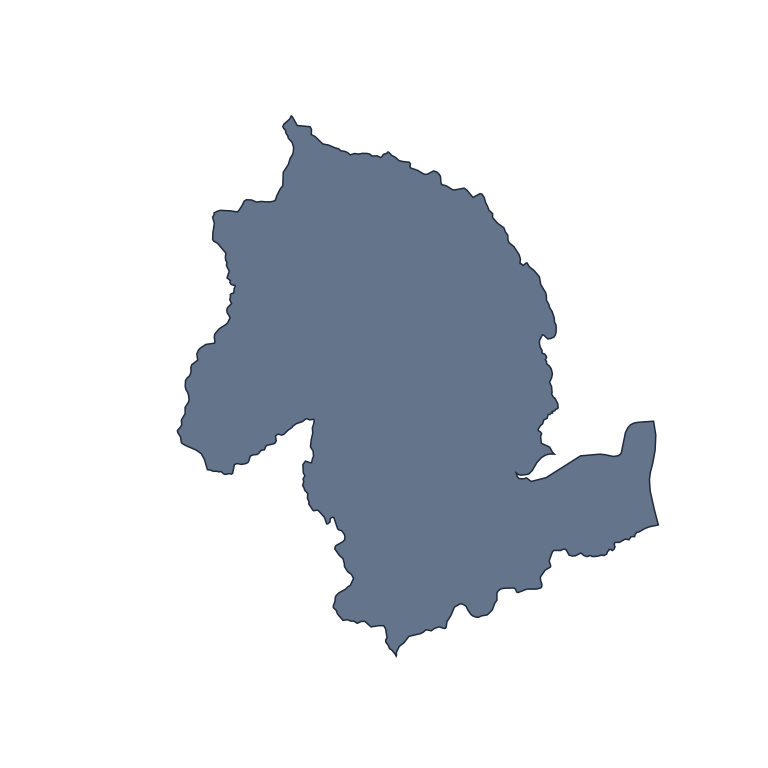 outline of La-Un, Ranong, Thailand, rotated 145°
{"feature_id": "78962969B34632522094222", "entity_name": "La-Un", "entity_type": "district", "adm_level": 2, "iso_a3": "THA", "parent_name": "Thailand", "parent_adm1": "Ranong", "projection": "orthographic", "projection_center": [98.781, 10.072], "detail": "fine", "context": "isolated", "style": "filled", "palette": "slate", "viewbox_px": 768, "rotation_deg": 145, "n_neighbors": 0, "source": "geoboundaries", "source_scale": "gbopen_adm2", "svg_char_len": 6171}
<svg xmlns="http://www.w3.org/2000/svg" viewBox="0 0 768 768"><g transform="rotate(145 384 384)"><path d="M240.1,111.2L234.7,125.8L227.3,143.7L221.4,153.5L216.2,159.1L210.0,164.3L200.0,174.1L190.7,186.2L184.5,198.9L197.7,206.8L201.5,208.6L205.6,209.2L209.3,208.3L214.0,205.8L229.0,191.6L230.9,190.8L233.3,190.9L237.7,193.1L243.7,199.5L247.4,202.7L264.2,212.4L305.0,214.3L319.4,219.8L321.1,225.4L324.0,226.2L327.7,229.2L327.9,231.9L326.7,235.4L325.7,232.5L324.0,230.7L318.0,227.5L316.5,227.3L312.1,228.1L303.7,232.0L297.1,233.4L292.5,233.1L288.7,231.8L284.6,228.8L285.1,231.3L284.5,237.3L289.1,245.2L285.9,251.1L283.3,253.0L283.3,255.1L284.3,257.2L284.0,258.3L280.0,260.1L276.9,260.4L273.5,263.0L270.1,262.3L267.1,264.8L265.7,263.9L264.0,264.3L262.6,263.5L261.9,265.0L259.4,264.1L258.0,264.8L255.9,264.3L254.9,264.7L252.9,268.4L252.1,274.4L252.8,275.9L252.5,279.5L251.0,280.9L248.3,285.6L247.3,290.5L243.2,292.9L240.2,295.7L238.3,300.5L238.2,304.0L239.2,307.2L237.9,309.2L237.9,311.4L235.8,312.3L235.2,313.4L235.1,316.2L236.8,318.7L235.3,320.8L234.8,324.8L233.2,328.6L231.3,330.7L226.0,333.4L225.2,332.5L223.9,326.9L221.6,325.7L218.0,325.0L215.9,325.7L213.4,327.6L209.8,332.7L209.1,334.2L209.0,336.4L206.5,340.9L204.7,347.0L204.5,351.6L203.4,354.4L202.9,359.4L200.2,363.4L199.2,366.1L198.5,375.7L195.2,382.7L196.0,391.0L197.7,396.6L197.4,401.2L198.3,401.6L202.0,401.3L202.5,403.5L203.5,404.7L200.7,407.9L199.2,412.2L198.8,422.1L200.5,428.1L199.8,430.9L197.2,435.0L197.4,438.7L196.2,443.1L198.7,450.4L199.6,458.0L197.3,461.2L198.3,466.3L197.3,470.0L196.7,474.3L194.9,479.3L194.9,483.4L196.2,484.9L203.7,485.7L204.2,486.4L204.8,495.0L206.0,498.5L214.5,502.3L216.5,504.0L219.4,510.8L222.3,514.1L221.8,516.4L218.6,521.8L218.5,524.8L219.3,527.7L221.2,530.1L228.2,531.0L230.0,532.1L231.1,533.5L233.9,539.7L238.3,545.8L237.9,547.2L236.1,549.2L236.1,551.2L240.7,555.2L243.5,558.3L244.6,563.0L246.6,567.0L247.3,571.5L247.9,571.8L249.6,571.4L252.8,572.5L255.5,571.3L256.9,571.5L258.6,574.7L263.0,577.6L263.8,580.5L265.2,582.2L269.3,585.3L272.8,586.8L276.0,589.8L280.2,591.0L281.1,594.5L282.9,597.3L285.5,599.7L286.3,602.8L288.8,605.7L292.4,611.6L296.5,615.8L298.5,626.2L300.5,630.0L297.4,634.0L297.0,637.2L306.8,645.5L305.8,655.4L306.2,656.8L309.5,655.1L316.7,654.3L319.2,653.0L319.6,651.0L319.2,648.4L320.5,645.4L320.5,642.8L321.4,640.0L320.7,634.8L322.3,629.7L325.4,625.9L327.4,624.4L331.4,622.7L336.5,618.7L345.1,615.2L353.2,604.5L357.2,603.3L364.0,599.6L367.5,596.9L369.2,597.0L372.4,598.3L376.4,601.0L379.7,603.9L384.1,606.2L387.0,610.8L391.1,613.9L393.7,614.0L397.6,611.7L403.3,609.4L405.5,609.1L410.3,613.8L418.4,620.1L421.8,621.2L425.1,621.6L426.0,620.1L428.7,619.0L430.9,612.8L437.4,606.1L441.5,600.6L441.6,598.7L439.7,594.8L438.5,581.9L441.2,578.9L442.7,576.2L442.9,573.9L445.1,571.4L446.2,565.1L451.7,561.0L450.6,556.7L452.0,555.5L452.2,554.0L451.7,552.5L449.5,550.1L449.6,549.4L452.2,548.0L454.7,544.8L457.2,545.6L458.6,545.4L459.7,543.6L462.0,541.5L462.7,537.4L468.6,536.2L470.3,534.8L471.6,532.3L471.8,527.6L472.7,526.2L476.5,524.1L478.8,523.4L487.1,523.8L493.9,522.0L495.9,520.1L498.4,515.4L499.5,514.7L507.2,518.6L513.6,518.8L516.3,518.3L520.1,516.0L522.9,510.4L530.3,510.1L532.6,508.5L535.1,504.7L537.2,503.0L538.7,502.2L541.8,501.9L544.6,500.7L548.2,496.1L549.4,493.3L549.6,490.2L550.6,486.8L552.5,483.3L554.1,481.5L560.4,478.9L563.9,473.8L570.1,471.0L571.2,470.0L572.9,466.8L574.8,465.7L580.0,464.3L580.8,462.5L581.0,457.3L583.5,452.6L583.5,451.1L581.3,446.5L575.7,437.5L573.7,431.8L574.4,425.1L577.8,415.1L575.4,412.9L574.0,410.4L571.3,408.7L569.7,406.7L567.7,405.8L566.7,401.8L565.5,400.7L562.1,399.4L560.6,397.6L559.1,397.8L552.7,403.8L550.0,403.1L547.1,400.1L543.3,398.2L540.6,397.7L539.0,398.4L534.8,401.7L531.4,400.8L528.6,399.1L526.8,399.0L522.6,400.1L519.7,398.7L516.3,400.8L514.9,400.8L509.0,398.4L507.1,398.1L504.9,399.2L502.9,403.3L501.2,403.9L499.4,403.6L497.2,400.9L495.0,400.2L488.8,401.2L484.5,401.1L482.9,401.7L478.7,401.8L472.4,400.0L468.0,400.2L467.0,399.6L465.4,397.2L461.9,395.4L462.1,394.2L464.1,392.0L468.0,389.0L470.5,384.7L475.5,380.2L480.0,375.1L480.4,374.2L480.5,369.9L483.2,365.2L485.4,363.9L488.5,361.1L490.0,362.3L492.5,365.9L496.7,364.5L501.1,357.5L501.5,354.2L504.8,352.6L505.7,350.1L508.9,347.5L509.1,344.9L509.9,342.5L509.3,337.9L512.3,334.3L513.1,330.4L514.4,329.0L514.7,321.5L514.2,320.4L511.3,319.1L510.4,318.0L509.3,308.9L511.2,302.2L510.0,301.7L507.4,301.9L505.4,304.3L504.0,304.7L503.0,304.6L501.7,303.3L505.0,292.1L504.7,290.4L502.9,288.3L502.7,283.8L503.6,281.3L505.6,279.0L508.3,278.4L515.8,279.2L517.8,278.4L518.9,277.1L518.9,269.4L517.8,264.4L519.4,259.9L521.1,257.1L521.4,251.0L519.9,246.8L520.5,242.2L527.1,238.4L529.7,238.6L533.6,238.0L540.6,238.8L544.4,238.2L546.2,237.2L548.7,234.2L552.7,231.4L553.8,229.9L553.0,226.2L554.0,222.1L553.2,214.0L548.8,211.6L547.4,209.0L544.7,207.0L543.2,203.3L538.6,202.5L535.9,200.6L533.9,192.4L527.2,189.2L522.9,186.2L523.1,182.7L527.1,174.3L529.4,173.4L530.6,171.4L530.4,167.8L531.2,164.1L530.3,162.2L529.8,156.5L530.1,154.1L529.2,154.8L527.8,157.1L522.0,160.3L515.9,160.6L508.4,163.0L497.0,158.5L494.0,158.2L490.5,158.6L486.8,154.7L482.9,154.9L478.2,153.5L475.0,149.3L473.8,148.7L472.5,149.1L468.9,153.1L461.7,156.1L454.2,160.9L447.6,160.2L445.9,158.7L444.3,154.9L445.0,150.1L445.0,145.3L444.4,143.3L442.4,140.2L440.4,138.7L437.1,138.1L431.7,135.6L424.8,136.8L418.8,141.0L415.5,142.1L411.5,147.9L409.5,148.9L406.6,149.2L404.6,148.7L401.6,147.1L394.7,142.4L393.9,140.4L394.7,137.6L393.9,136.3L384.6,134.0L376.5,128.4L372.3,127.0L370.9,127.6L369.5,129.5L368.3,133.5L366.6,136.2L358.7,139.1L352.6,138.6L351.6,139.7L350.2,144.4L342.3,149.9L340.4,150.3L334.7,146.2L331.7,145.9L330.7,145.1L329.9,143.1L330.6,137.8L328.5,135.1L325.8,133.5L319.7,132.6L318.6,128.8L317.2,126.6L316.1,125.9L313.8,125.5L311.8,122.7L307.8,120.4L303.9,119.1L302.1,117.2L299.1,117.0L296.9,118.6L295.5,118.6L294.6,119.4L293.1,118.3L292.5,116.6L290.6,116.6L288.1,118.1L287.9,119.5L286.6,121.4L285.6,121.7L282.1,119.3L275.4,118.6L272.6,115.9L269.7,117.1L268.1,116.6L266.2,115.2L264.9,116.5L262.1,117.5L260.1,116.6L253.2,116.0L248.6,114.8L240.1,111.2Z" fill="#64748b" stroke="#1e293b" stroke-width="1.5"/></g></svg>